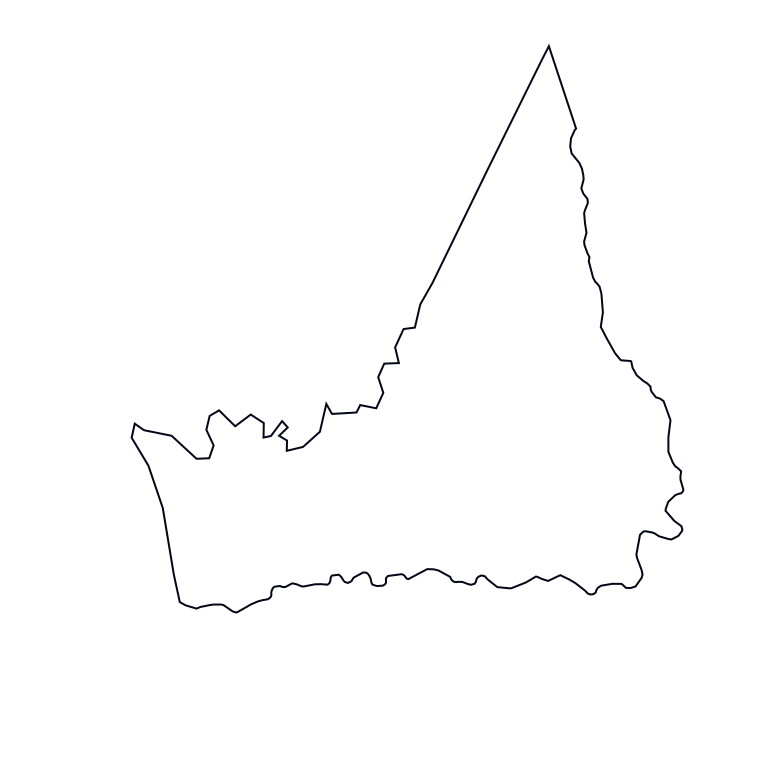 Nassau, Florida, United States of America (Albers equal-area conic projection), rotated 162°
{"feature_id": "52423323B49658569394047", "entity_name": "Nassau", "entity_type": "district", "adm_level": 2, "iso_a3": "USA", "parent_name": "United States of America", "parent_adm1": "Florida", "projection": "albers", "projection_center": [-81.792, 30.55], "detail": "fine", "context": "isolated", "style": "outline", "palette": "ink", "viewbox_px": 768, "rotation_deg": 162, "n_neighbors": 0, "source": "geoboundaries", "source_scale": "gbopen_adm2", "svg_char_len": 3010}
<svg xmlns="http://www.w3.org/2000/svg" viewBox="0 0 768 768"><g transform="rotate(162 384 384)"><path d="M122.4,567.5L122.8,654.3L132.7,644.5L218.8,556.3L306.6,465.2L324.9,448.5L337.2,428.1L348.4,430.2L362.1,415.4L363.4,399.3L377.5,403.3L387.4,392.3L387.4,375.8L398.9,363.3L413.1,371.3L419.0,365.4L442.7,371.6L445.0,382.9L459.7,358.4L480.4,349.2L497.1,350.5L493.7,360.2L499.8,367.2L489.0,372.4L492.4,380.2L507.6,369.5L515.1,370.3L510.4,384.0L520.2,396.1L538.6,389.8L549.0,409.9L559.7,407.5L567.1,395.3L565.0,378.2L573.2,367.4L585.4,370.8L602.0,400.4L626.5,414.2L633.3,423.3L640.6,410.9L633.3,379.1L632.7,334.5L642.8,267.6L645.6,239.7L641.1,234.8L631.6,228.3L627.7,228.7L618.2,227.6L614.5,227.0L607.6,224.8L605.0,223.4L598.2,214.5L595.3,212.4L593.4,212.4L578.6,215.5L571.1,216.2L566.7,216.0L560.9,215.2L559.0,215.7L557.1,216.9L556.1,218.6L555.7,220.5L554.8,222.0L553.0,224.0L551.7,224.8L550.3,225.0L548.8,224.7L547.2,224.4L545.3,224.0L543.4,222.4L540.5,221.4L532.9,222.8L529.1,220.6L524.7,216.9L522.8,216.2L511.8,214.9L506.0,213.2L499.7,210.6L497.4,211.5L495.9,213.4L494.3,216.7L492.8,217.9L485.9,216.6L484.3,213.9L483.2,209.3L482.3,207.7L479.7,205.9L475.9,206.5L472.8,209.2L462.0,211.2L459.4,210.1L458.4,209.2L457.3,206.6L456.9,203.4L457.3,198.9L457.0,196.7L454.9,195.3L453.3,194.1L448.5,192.8L446.5,192.7L444.2,193.6L443.4,194.6L442.5,197.8L441.9,198.9L439.6,200.2L426.1,197.7L424.4,196.4L423.7,195.2L422.8,192.2L421.2,190.9L400.1,194.6L394.0,192.4L389.8,189.8L380.9,180.4L380.6,179.7L380.4,177.4L379.7,175.9L379.0,174.7L377.9,173.9L376.9,173.4L373.8,172.7L370.6,171.5L367.0,168.6L363.6,166.2L359.6,166.0L357.7,167.5L355.9,170.4L353.9,171.5L350.4,171.8L347.5,170.0L346.0,166.4L339.0,155.8L327.3,150.7L325.8,150.4L310.3,151.4L299.1,153.9L297.7,153.2L294.1,149.8L288.8,146.0L275.4,147.7L268.5,141.1L263.6,135.6L256.4,125.0L255.0,121.8L252.7,120.0L249.6,119.4L247.1,120.3L246.0,122.0L243.8,124.0L239.9,125.1L228.6,123.4L220.1,120.6L219.4,119.9L216.9,115.4L212.9,113.8L207.4,113.7L199.0,119.9L197.0,122.9L196.5,127.2L196.7,132.3L197.1,140.1L196.6,143.9L187.1,161.5L182.9,163.5L180.9,163.2L174.8,159.9L172.9,158.4L169.4,154.1L161.1,148.5L158.6,147.3L150.9,148.6L146.0,152.1L145.2,153.4L145.1,156.9L150.2,164.0L155.4,176.4L154.6,178.2L150.1,184.1L141.3,188.3L137.8,188.5L135.0,188.2L132.5,189.9L131.9,191.4L131.6,201.3L130.6,204.6L128.4,209.1L130.7,213.5L132.3,215.4L133.6,219.8L134.5,231.6L130.0,245.4L122.7,261.1L123.4,281.4L126.3,285.1L129.5,287.3L131.7,293.3L132.1,295.5L131.4,299.3L133.4,303.1L136.4,306.7L141.0,314.3L142.6,322.6L141.9,329.1L142.3,329.6L151.0,333.2L151.7,334.0L154.7,341.7L158.0,358.1L160.2,371.3L153.7,384.4L149.3,402.8L148.9,410.0L150.5,414.3L151.4,415.5L152.3,420.6L151.3,437.6L149.4,441.0L150.1,445.3L150.4,454.0L149.7,457.6L144.7,465.2L143.2,474.5L140.9,484.6L139.3,487.0L134.1,493.3L133.3,497.1L135.6,503.4L135.9,509.0L130.9,516.9L129.9,521.1L129.2,527.6L129.9,533.9L134.3,545.2L133.5,552.4L130.2,559.9L124.1,566.6L122.4,567.5Z" fill="none" stroke="#020617" stroke-width="2"/></g></svg>